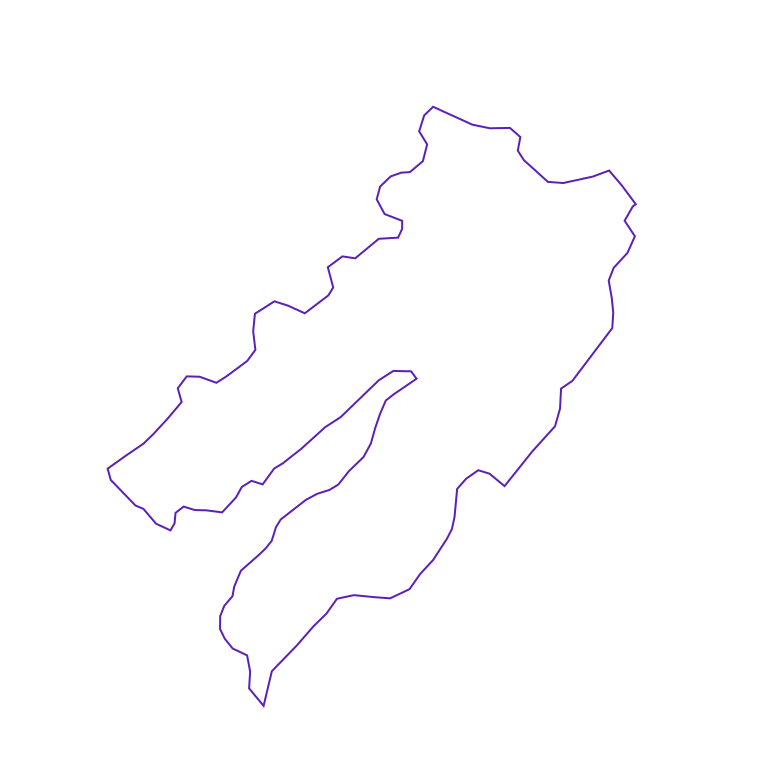 the district of Gangjin-gun, South Jeolla, South Korea, rotated 46°
{"feature_id": "91817680B37660936440541", "entity_name": "Gangjin-gun", "entity_type": "district", "adm_level": 2, "iso_a3": "KOR", "parent_name": "South Korea", "parent_adm1": "South Jeolla", "projection": "robinson", "projection_center": [126.77, 34.612], "detail": "fine", "context": "isolated", "style": "outline", "palette": "violet", "viewbox_px": 768, "rotation_deg": 46, "n_neighbors": 0, "source": "geoboundaries", "source_scale": "gbopen_adm2", "svg_char_len": 1886}
<svg xmlns="http://www.w3.org/2000/svg" viewBox="0 0 768 768"><g transform="rotate(46 384 384)"><path d="M429.6,78.0L406.2,75.0L386.8,73.8L379.9,89.6L363.9,115.5L352.5,125.7L335.4,126.8L320.5,127.9L309.1,125.7L301.1,114.4L287.3,115.5L273.6,130.2L258.8,140.3L230.2,151.6L218.7,156.1L218.7,168.5L226.7,183.2L241.6,186.5L250.7,201.2L249.6,218.1L243.9,224.9L239.3,235.0L239.3,248.4L239.3,249.7L246.1,261.0L262.2,265.5L279.3,257.6L285.0,263.2L288.5,272.2L275.9,286.9L273.6,317.4L263.3,325.3L261.0,343.3L279.3,353.5L281.6,362.5L278.1,391.9L261.0,398.6L248.4,405.4L243.8,428.0L255.2,441.5L270.1,452.8L272.4,466.4L269.0,492.4L266.7,503.7L250.7,511.6L241.5,520.6L243.8,535.3L256.4,542.1L258.6,563.6L259.8,585.0L259.8,598.6L256.3,619.0L252.9,641.6L263.2,647.2L298.7,647.2L306.7,643.8L326.2,645.0L341.0,639.3L338.7,631.4L331.9,623.5L333.0,613.3L343.3,607.6L351.3,599.7L363.9,589.6L362.8,569.2L359.3,557.9L361.6,546.6L371.9,541.0L368.5,521.7L370.8,511.6L371.9,500.3L373.1,489.0L374.2,456.2L377.7,438.2L377.7,422.3L377.7,405.4L377.7,391.9L377.7,385.1L381.1,368.2L393.7,355.7L402.8,356.9L398.2,384.0L397.1,394.1L402.8,407.7L409.7,421.2L417.7,434.8L422.3,449.5L422.3,469.8L424.6,486.7L422.3,496.9L416.6,508.2L413.1,520.6L409.7,552.3L412.0,561.3L418.8,573.7L420.0,582.8L420.0,592.9L418.9,616.7L425.7,632.5L431.4,640.4L432.6,652.9L437.2,663.1L446.3,672.1L456.6,675.5L469.2,676.6L484.1,671.0L497.8,680.0L509.3,692.5L531.9,694.2L512.7,664.2L511.5,628.0L509.3,603.1L509.2,585.0L505.8,567.0L515.0,552.3L531.0,538.7L542.4,528.5L549.3,508.2L545.8,490.1L544.7,470.9L539.0,446.1L535.5,435.9L528.7,425.7L510.3,404.3L509.2,390.7L511.5,376.1L521.8,370.4L541.2,368.2L535.5,324.1L533.2,290.3L524.0,274.5L510.3,259.8L512.6,246.3L503.4,187.7L502.3,180.9L492.0,169.6L480.6,160.6L465.7,150.5L460.0,138.1L458.8,117.8L452.0,100.9L433.7,97.5L429.1,81.7L429.6,78.0Z" fill="none" stroke="#5b21b6" stroke-width="2"/></g></svg>